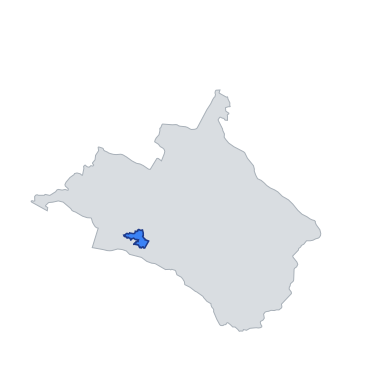 location of Nyunzu, Katanga, Democratic Republic of the Congo, rotated 119°
{"feature_id": "63176286B34424841963647", "entity_name": "Nyunzu", "entity_type": "district", "adm_level": 2, "iso_a3": "COD", "parent_name": "Democratic Republic of the Congo", "parent_adm1": "Katanga", "projection": "equal_earth", "projection_center": [28.006, -5.86], "detail": "fine", "context": "in_parent", "style": "filled", "palette": "blue", "viewbox_px": 384, "rotation_deg": 119, "n_neighbors": 0, "source": "geoboundaries", "source_scale": "gbopen_adm2", "svg_char_len": 7302}
<svg xmlns="http://www.w3.org/2000/svg" viewBox="0 0 384 384"><g transform="rotate(119 192 192)"><path d="M289.0,252.3L269.1,256.5L269.5,258.0L269.3,259.6L268.8,260.9L266.8,264.2L263.8,267.2L263.7,267.9L265.3,271.3L266.2,276.0L266.0,284.2L266.4,286.4L266.3,288.1L265.3,290.0L263.3,299.8L264.6,304.6L268.5,309.0L270.8,312.3L274.7,313.5L275.3,313.3L275.6,310.6L278.6,309.5L278.6,327.0L278.4,328.0L277.8,328.2L277.1,327.6L276.8,326.0L276.0,325.2L272.3,327.4L271.3,327.3L270.3,327.0L269.5,326.1L269.3,324.7L266.6,319.7L265.3,319.3L263.9,314.7L257.9,311.4L255.6,311.1L254.5,310.1L253.3,306.5L251.3,304.2L250.8,301.6L250.4,301.2L249.2,301.7L248.2,305.8L246.9,306.8L244.4,306.9L238.3,305.7L234.0,303.6L232.8,303.7L231.1,301.8L230.3,298.7L230.7,296.3L230.4,295.9L223.8,298.0L222.2,299.2L220.7,298.9L220.2,298.2L220.8,296.5L220.5,294.7L220.0,293.9L218.0,293.2L217.4,291.3L216.2,291.0L215.8,291.3L215.5,292.6L214.8,293.1L210.8,292.4L206.7,294.1L201.2,293.7L198.5,295.7L198.1,295.7L197.6,294.6L197.0,291.3L197.3,290.4L198.1,289.7L198.4,288.4L198.1,285.0L198.3,284.2L198.0,282.2L197.2,279.0L196.0,276.4L193.5,272.6L193.0,270.7L193.1,266.4L193.9,259.5L193.8,254.4L192.7,251.1L192.5,247.5L193.1,241.1L192.5,239.5L179.8,239.0L179.3,238.5L179.0,237.6L179.6,233.8L171.9,234.8L169.6,235.5L168.2,237.1L167.7,239.0L167.7,241.8L166.5,244.5L166.2,249.0L164.1,249.5L162.0,249.5L157.9,248.6L153.9,249.8L151.9,251.0L150.9,250.5L147.3,250.9L146.8,250.6L142.7,241.7L140.8,238.7L140.4,237.3L140.6,235.9L140.1,234.0L138.1,229.4L137.7,227.3L137.8,224.0L137.6,222.8L135.8,220.0L134.7,219.0L133.4,218.5L112.8,218.9L105.9,218.4L100.9,218.7L98.4,218.5L97.7,218.1L95.4,218.7L94.2,219.9L92.4,220.5L91.3,220.3L89.2,217.0L92.1,216.4L92.3,216.0L92.4,208.1L91.6,207.0L93.2,205.6L95.7,202.1L98.1,200.9L98.5,200.1L99.0,200.2L99.9,201.7L102.0,203.6L104.6,201.9L104.9,201.4L105.2,198.0L105.9,197.7L107.0,198.4L107.7,198.4L108.8,197.5L112.1,195.7L113.1,197.9L112.2,199.9L112.7,201.3L112.8,203.5L113.3,204.0L116.0,204.2L116.7,203.7L122.0,195.9L123.3,194.9L125.5,191.8L128.5,190.4L129.7,188.0L131.4,183.6L132.1,177.3L131.8,166.3L132.1,164.9L135.6,159.9L139.2,151.0L141.7,148.6L143.5,147.7L146.4,144.4L148.6,141.1L148.3,137.2L148.9,133.9L150.1,129.7L150.5,125.3L150.1,120.7L150.3,116.9L152.0,110.8L152.1,103.8L153.7,98.0L156.7,90.6L158.1,85.0L157.9,79.6L158.3,75.6L158.1,73.2L157.6,71.2L157.9,69.9L159.0,69.3L160.5,67.3L163.0,61.9L165.8,59.3L167.7,58.5L169.7,58.6L171.0,59.1L173.1,61.2L175.5,62.8L177.3,64.9L179.1,68.2L183.4,68.9L185.2,70.1L186.3,70.5L186.8,70.2L187.6,70.4L189.7,71.3L191.3,70.8L199.2,72.9L200.1,71.9L202.4,66.3L204.0,64.4L206.7,64.2L208.8,65.2L210.0,65.3L219.7,60.4L221.0,60.2L224.5,61.4L226.8,60.6L227.8,60.8L229.8,60.0L231.4,56.6L232.7,55.8L246.7,59.4L248.9,57.7L249.9,57.5L253.0,58.8L254.0,60.8L255.8,62.6L257.2,65.5L259.2,67.2L260.3,68.7L261.5,69.8L264.1,70.2L267.3,67.6L269.6,67.8L271.9,69.3L272.7,69.2L274.4,67.7L275.3,66.0L276.2,65.6L277.5,66.4L278.7,67.9L279.6,70.1L283.1,75.2L286.5,77.3L287.4,80.4L288.6,80.1L289.2,80.4L290.1,82.3L290.7,82.7L290.8,83.5L290.0,85.3L289.2,88.8L290.3,91.0L289.4,94.1L288.9,97.4L290.0,98.2L291.5,98.1L292.8,99.8L293.8,100.1L294.8,101.9L294.6,103.4L291.3,108.6L286.2,115.1L284.5,115.9L283.7,117.1L283.0,119.0L281.6,120.6L280.5,121.2L280.4,125.9L278.7,130.7L278.0,131.7L277.1,139.6L277.3,140.9L276.3,147.4L276.5,153.4L274.1,155.2L272.4,158.2L271.7,160.2L271.7,165.1L268.9,168.1L268.7,168.8L269.4,172.2L270.4,172.8L270.4,173.9L272.7,177.6L272.5,189.0L272.7,190.1L273.8,192.8L274.6,197.9L273.7,204.5L276.8,216.4L275.4,220.8L276.1,225.0L277.9,229.4L282.1,233.7L283.3,235.5L284.4,237.9L285.4,241.7L289.0,252.3Z" fill="#d9dde1" stroke="#a8b0b8" stroke-width="1"/><path d="M259.7,227.8L259.6,228.0L259.6,228.3L259.6,228.5L259.8,228.9L260.0,229.1L260.6,229.3L260.8,229.4L260.9,229.5L261.0,229.5L261.4,229.6L261.5,229.6L261.7,229.4L261.8,229.4L261.9,229.5L262.0,229.9L262.0,230.0L262.4,230.2L262.6,230.6L262.8,230.8L262.9,230.6L263.2,230.4L263.4,230.1L263.5,230.0L263.6,229.9L263.6,229.7L263.6,229.4L263.6,229.2L263.4,229.1L263.3,228.9L263.3,228.6L263.2,228.6L263.1,228.4L263.1,227.9L263.4,227.6L263.5,227.4L263.7,227.0L263.7,226.8L263.7,226.5L263.6,226.4L263.6,226.2L263.4,226.1L263.2,226.1L262.9,226.0L262.6,226.1L262.5,225.9L262.6,225.6L262.7,225.4L262.8,225.1L262.8,224.8L262.8,224.7L262.6,224.4L262.5,223.8L262.6,223.7L262.8,223.4L263.5,222.6L263.7,222.4L263.7,222.2L263.3,222.2L263.2,222.2L262.8,222.1L262.6,222.0L262.3,222.2L262.0,222.1L261.9,221.9L261.8,221.7L261.7,221.5L261.5,221.4L261.4,221.3L261.4,221.2L261.2,221.0L261.1,220.9L260.9,220.9L260.8,220.7L260.6,220.6L260.7,220.2L260.7,219.9L260.8,219.8L261.0,219.0L261.1,218.5L261.0,218.3L260.9,218.3L260.9,218.2L260.8,217.9L260.7,217.8L260.7,217.7L260.4,217.3L260.2,217.2L260.3,217.0L260.5,216.6L260.4,216.5L260.2,216.2L259.8,215.7L260.3,215.6L260.6,215.5L261.0,215.2L261.5,215.1L261.6,215.4L261.7,215.5L261.7,215.8L261.8,216.0L262.0,216.3L262.3,216.5L262.5,216.7L262.7,216.9L262.8,216.9L263.0,216.9L263.2,216.7L263.3,216.6L263.4,216.8L263.5,216.8L263.8,216.8L263.9,217.0L264.0,217.2L264.2,217.3L264.3,217.3L264.7,217.4L264.8,217.3L265.0,217.3L265.4,217.5L265.6,217.7L265.8,217.7L266.0,217.6L265.8,217.3L265.7,217.1L265.5,216.7L265.4,216.4L265.3,216.2L265.2,215.8L265.1,215.4L264.8,215.2L264.7,215.1L264.7,214.9L264.8,214.7L264.8,214.4L264.8,214.2L264.7,214.1L264.4,213.8L264.4,213.5L264.4,213.2L264.5,213.1L264.7,212.8L264.8,212.6L264.9,212.3L265.0,212.2L265.3,211.9L265.4,211.7L265.6,211.4L265.8,211.2L266.0,210.8L266.0,210.6L265.9,210.4L265.7,210.5L265.4,210.5L265.2,210.5L265.2,210.3L265.3,210.1L265.5,209.9L265.5,209.4L265.5,209.2L265.3,209.0L264.6,208.9L264.3,208.9L264.1,208.7L263.9,208.6L263.7,208.5L263.6,208.2L263.9,207.8L264.2,207.5L264.3,207.4L264.4,207.1L264.2,206.9L264.1,206.7L263.9,206.3L263.9,206.2L255.9,206.1L255.9,206.3L256.0,206.3L256.1,206.8L256.1,207.0L256.0,207.5L256.2,207.8L256.3,208.0L256.4,208.4L256.4,208.5L256.4,208.8L256.2,209.0L256.4,209.3L256.5,209.6L256.6,209.8L256.4,209.9L256.2,210.0L255.9,210.3L255.8,210.6L255.8,210.9L255.9,211.3L255.7,211.5L255.4,212.1L255.3,212.3L255.2,212.5L255.1,213.1L255.0,213.3L254.8,213.4L254.7,213.6L254.4,213.5L254.2,213.6L254.1,213.4L253.9,213.4L253.6,213.5L253.1,213.8L252.8,214.1L252.6,214.2L252.4,214.3L252.2,214.3L252.0,214.5L251.7,214.8L251.3,214.9L251.1,215.1L250.7,215.5L250.1,216.1L249.7,216.5L249.2,216.9L249.3,217.1L249.6,217.3L249.9,217.4L250.2,217.6L250.3,217.8L250.3,218.0L250.2,218.2L250.5,218.4L250.6,218.6L250.6,218.9L250.5,219.5L250.5,220.1L250.5,220.3L250.8,220.6L251.0,220.6L251.4,220.8L251.7,220.7L251.9,220.7L252.0,220.7L252.0,220.8L252.3,220.7L252.3,220.8L252.5,220.7L252.6,220.8L252.8,220.9L253.0,220.9L253.3,221.0L253.4,221.3L253.4,221.6L253.5,221.7L253.6,221.9L253.7,222.3L253.8,222.2L253.9,221.9L254.0,222.0L254.3,222.2L254.5,222.4L255.0,222.2L255.3,222.2L255.6,222.2L255.8,222.1L256.0,222.1L256.3,222.4L256.5,222.6L256.6,222.8L256.7,223.0L256.8,223.2L256.9,223.3L257.0,223.5L257.1,223.8L257.2,224.0L257.3,224.5L257.4,224.8L257.5,225.0L257.7,225.3L257.8,225.4L257.8,225.5L257.8,225.8L257.9,226.0L257.9,226.3L258.0,226.3L258.1,226.5L258.1,226.8L258.4,226.8L258.5,226.8L258.7,226.7L258.8,226.7L258.9,226.8L259.1,226.9L259.4,227.1L259.5,227.2L259.6,227.4L259.6,227.6L259.7,227.8L259.7,227.8Z" fill="#3b82f6" stroke="#1e3a8a" stroke-width="1.5"/></g></svg>